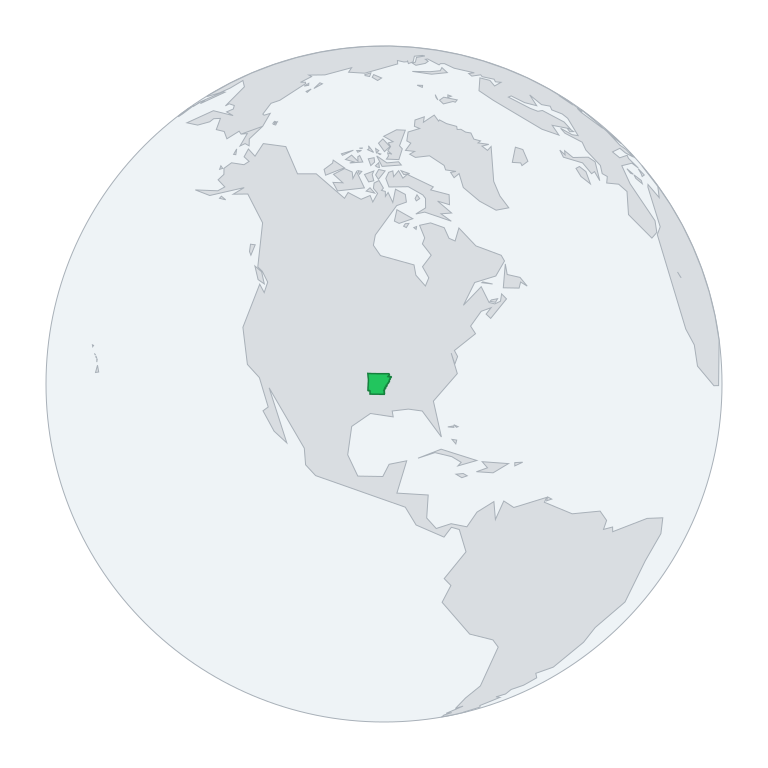 globe centered on Arkansas
{"feature_id": "USA-3528", "entity_name": "Arkansas", "entity_type": "State", "adm_level": 1, "iso_a3": "USA", "parent_name": "United States of America", "parent_adm1": "", "projection": "orthographic", "projection_center": [-91.2, 34.755], "detail": "fine", "context": "on_globe", "style": "filled", "palette": "green", "viewbox_px": 768, "rotation_deg": 0, "n_neighbors": 0, "source": "natural_earth", "source_scale": "10m", "svg_char_len": 11904}
<svg xmlns="http://www.w3.org/2000/svg" viewBox="0 0 768 768"><circle cx="384" cy="384" r="338" fill="#eef3f6" stroke="#a8b0b8"/><path d="M451.3,715.1L441.9,716.8L444.0,715.0L451.7,712.6L446.2,713.3L463.1,706.1L455.4,708.5L465.5,698.0L480.4,685.9L498.2,647.1L492.9,639.9L469.7,634.1L442.1,602.3L450.9,585.5L444.2,578.6L466.0,551.8L459.3,529.5L451.4,527.3L444.0,537.1L416.1,525.0L405.3,507.2L315.6,475.6L305.6,464.8L304.3,448.2L269.1,387.8L286.8,442.9L274.1,431.2L263.0,410.8L268.2,407.0L259.4,377.6L247.4,364.4L242.9,327.3L259.7,284.2L264.2,292.6L267.7,282.1L262.3,271.3L257.8,266.9L262.6,222.8L247.8,194.0L233.2,194.2L244.2,187.6L209.7,195.5L195.3,189.9L217.8,190.8L224.8,186.9L218.1,179.8L223.9,174.4L224.0,168.3L231.5,162.8L244.0,164.7L249.1,161.4L244.1,156.8L248.4,149.0L255.0,156.2L263.3,143.6L285.8,146.6L297.5,173.8L316.2,173.8L344.5,198.3L348.1,192.5L361.1,199.3L370.1,195.5L372.8,202.0L377.6,193.4L373.4,188.3L374.1,183.0L379.0,180.5L383.4,188.1L381.5,190.4L385.3,191.4L385.4,196.4L388.1,192.5L392.8,202.5L395.5,189.2L405.3,194.4L406.4,202.1L396.7,205.6L375.3,235.0L373.4,245.3L380.5,255.6L414.0,264.9L415.9,275.2L425.4,286.0L428.8,277.8L422.5,266.7L431.2,255.2L422.4,243.9L424.7,237.9L419.6,225.3L430.6,222.9L444.2,227.7L449.0,238.3L455.1,241.0L458.9,228.0L475.9,245.9L501.2,255.3L504.5,261.0L495.8,276.0L474.7,282.5L463.4,305.3L481.2,286.7L489.1,302.5L494.8,303.9L500.5,301.2L501.6,293.9L506.5,298.9L490.7,318.4L486.1,314.1L491.1,307.7L481.2,311.3L470.6,326.1L475.5,333.7L454.4,350.5L457.6,356.5L454.8,364.1L451.2,353.1L457.3,373.6L433.4,401.1L441.4,437.0L422.2,411.0L408.4,409.1L392.2,411.0L393.2,416.9L370.4,413.5L351.7,426.4L347.7,454.8L357.8,476.1L382.8,476.5L389.1,464.3L406.7,460.8L396.9,493.1L428.2,495.0L426.7,518.0L436.2,528.5L451.1,523.7L466.9,526.8L477.0,512.1L493.9,501.6L495.4,519.5L503.8,501.0L513.8,507.5L546.6,497.4L544.4,502.3L572.2,513.8L600.1,511.1L606.6,520.4L603.5,529.4L612.6,527.0L612.7,531.7L647.1,518.4L662.8,517.8L660.9,533.6L645.2,560.9L625.0,602.0L595.2,627.5L583.6,642.2L553.3,667.1L535.8,673.3L536.7,677.8L523.6,685.2L511.1,689.5L505.5,694.0L496.0,696.8L499.9,697.4L479.9,705.5L480.1,707.1L464.3,711.9L464.8,712.1L460.5,713.1L454.9,714.4L453.5,714.7L451.3,715.1ZM95.5,372.5L97.5,365.2L98.7,372.0L95.5,372.5ZM97.2,359.3L96.8,362.1L96.8,359.4L97.2,359.3ZM96.1,356.4L96.9,358.5L95.7,356.8L96.1,356.4ZM94.4,353.4L95.4,354.7L95.2,354.9L94.4,353.4ZM441.1,449.2L476.8,460.5L457.9,465.9L461.2,462.3L451.9,456.7L435.0,452.6L418.0,458.2L441.1,449.2ZM92.7,346.7L92.4,344.8L93.6,345.4L92.7,346.7ZM453.9,427.4L447.8,426.9L453.6,425.9L453.9,427.4ZM254.9,266.0L261.6,271.8L264.3,283.9L258.1,279.6L254.9,266.0ZM250.5,244.2L255.2,244.8L250.9,255.2L249.5,251.6L250.5,244.2ZM221.4,196.2L225.7,199.8L219.5,198.3L221.4,196.2ZM222.7,168.4L219.6,169.3L220.9,165.8L222.7,168.4ZM413.8,227.6L416.6,226.5L416.1,229.4L413.8,227.6ZM408.9,223.4L406.3,227.6L403.6,226.2L405.3,223.7L408.9,223.4ZM233.6,154.4L236.7,148.9L235.8,154.7L233.6,154.4ZM412.8,218.7L399.1,223.4L394.4,221.1L396.9,209.7L412.8,218.7ZM240.0,146.0L247.3,133.6L241.1,134.1L262.7,126.3L249.3,138.9L249.1,145.8L245.1,143.6L240.0,146.0ZM370.0,187.8L374.7,193.1L366.2,191.1L370.0,187.8ZM364.4,187.9L337.5,190.9L333.0,182.4L342.9,182.8L333.5,174.3L344.6,168.6L352.2,172.0L352.9,178.5L356.6,171.5L364.4,187.9ZM273.5,124.4L277.1,122.0L275.7,125.0L273.5,124.4ZM373.8,180.8L368.7,181.9L364.5,174.5L373.8,171.0L372.2,174.5L373.8,180.8ZM325.6,175.2L324.1,169.4L332.6,163.1L333.2,160.1L344.4,167.8L325.6,175.2ZM375.6,174.9L378.7,169.5L385.1,170.9L378.4,179.3L375.6,174.9ZM359.5,174.2L357.9,170.6L361.8,171.4L359.5,174.2ZM409.7,173.7L403.8,174.6L401.1,170.7L409.7,173.7ZM379.4,167.5L377.1,167.0L375.4,165.8L378.7,162.7L379.4,167.5ZM349.7,163.0L353.6,161.8L345.5,159.5L351.6,155.1L358.0,161.2L357.8,156.8L359.7,155.5L362.8,162.0L349.7,163.0ZM376.7,155.9L386.9,162.9L398.6,161.8L401.3,165.0L382.1,166.4L376.7,155.9ZM368.3,158.8L374.1,157.7L374.6,162.1L370.8,165.6L368.3,158.8ZM353.4,150.2L342.5,155.3L341.4,153.8L353.4,150.2ZM380.0,154.6L377.5,153.0L380.8,154.0L380.0,154.6ZM361.5,150.4L357.8,152.3L356.7,150.6L361.5,150.4ZM375.6,148.5L378.8,150.6L376.4,152.9L375.6,148.5ZM369.1,148.6L368.5,145.8L373.6,152.4L367.6,149.7L369.1,148.6ZM361.1,148.5L359.3,148.1L362.9,148.0L361.1,148.5ZM382.9,138.9L389.9,146.6L384.5,151.6L378.5,143.2L382.9,138.9ZM447.6,715.9L442.1,716.8L449.2,715.6L447.6,715.9ZM457.9,713.7L462.7,712.6L463.9,712.3L457.9,713.7ZM615.8,138.1L621.5,143.7L615.7,139.2L590.4,116.7L581.1,109.5L615.8,138.1ZM568.5,100.9L571.8,103.6L558.8,95.5L572.6,104.8L573.1,104.5L581.7,110.7L581.8,111.5L577.2,108.3L581.1,112.3L601.9,127.7L604.7,129.0L619.9,145.2L626.0,149.4L633.0,156.9L625.4,152.9L619.9,148.3L612.5,151.9L619.7,157.8L627.1,155.3L628.5,158.4L638.3,168.0L631.9,163.2L621.8,165.7L630.1,183.8L655.0,220.7L656.8,232.4L651.9,238.1L628.5,214.6L627.0,191.5L618.7,184.2L606.7,183.0L607.3,176.5L602.2,173.6L600.4,165.5L585.9,150.1L582.2,142.2L564.9,133.2L560.6,128.3L572.1,134.7L578.1,135.6L567.7,118.3L562.3,114.0L551.8,109.9L550.2,106.2L541.5,104.6L529.7,94.9L536.7,105.7L524.6,102.6L511.2,95.9L508.4,97.1L530.3,108.4L537.9,111.3L542.4,110.5L564.1,122.0L570.2,128.8L552.2,125.3L558.9,135.1L541.9,129.2L493.3,100.3L479.0,90.7L479.9,77.9L489.9,80.4L494.6,86.0L501.0,82.3L495.4,81.8L494.1,79.2L482.2,76.7L480.7,74.8L471.8,76.1L468.7,73.5L474.3,72.8L454.1,68.2L444.4,63.6L440.5,63.6L439.1,64.9L427.7,59.0L425.4,59.3L428.2,61.3L425.3,63.4L415.9,65.3L412.4,63.1L415.4,62.1L416.5,57.4L424.9,56.0L422.5,55.4L414.4,56.2L413.1,61.8L408.4,63.6L407.5,60.5L407.5,61.7L404.0,62.0L397.4,60.5L397.7,63.9L364.7,73.2L348.6,72.2L351.6,67.7L324.9,74.9L308.9,75.1L311.6,76.6L300.5,82.3L305.4,82.2L305.8,83.5L279.8,100.3L271.0,103.3L262.8,114.1L264.1,115.2L270.2,113.4L262.7,126.3L241.1,134.1L239.1,131.2L226.9,138.8L224.2,131.5L216.3,129.6L220.4,118.4L213.7,118.7L209.7,121.8L197.7,125.1L186.9,122.8L213.4,110.7L233.1,115.6L226.6,111.9L233.3,109.0L234.3,105.5L229.2,103.8L225.4,105.9L244.4,86.8L242.9,80.5L230.1,88.1L219.7,92.8L206.7,96.7L209.9,94.4L230.6,82.9L252.0,72.9L274.0,64.5L296.6,57.6L319.6,52.3L343.0,48.6L366.5,46.5L390.1,46.1L413.7,47.4L437.2,50.3L460.4,54.8L483.2,61.0L505.5,68.7L527.3,77.9L548.3,88.7L568.5,100.9ZM718.9,339.1L719.1,340.7L718.6,385.6L713.9,385.7L697.5,366.1L694.3,344.9L685.8,329.1L657.3,234.6L660.2,226.8L647.9,187.1L648.0,184.5L659.2,197.6L657.8,186.4L645.8,170.9L641.8,165.5L656.7,184.4L670.2,204.3L682.3,225.1L692.8,246.8L701.8,269.1L709.2,292.0L714.9,315.4L718.9,339.1ZM677.5,272.0L680.7,277.3L680.8,277.3L677.5,272.0ZM547.6,496.9L551.7,499.1L546.6,500.8L547.6,496.9ZM456.0,474.2L463.2,473.5L467.2,475.8L461.8,477.7L456.0,474.2ZM514.8,462.6L522.7,462.2L514.8,465.9L514.8,462.6ZM482.2,461.7L508.5,463.6L493.1,472.8L476.4,471.7L487.5,467.8L482.2,461.7ZM452.0,439.4L456.7,440.1L455.8,443.9L452.0,439.4ZM458.1,426.7L456.4,427.3L453.8,424.7L458.1,426.7ZM490.0,301.3L491.4,299.9L497.6,298.7L495.4,302.3L490.0,301.3ZM520.0,277.4L527.2,286.1L520.6,282.0L519.1,288.1L503.3,287.8L505.3,263.9L507.2,274.5L520.0,277.4ZM482.8,281.9L492.6,284.0L481.8,282.7L482.8,281.9ZM576.0,168.4L579.4,166.5L585.9,171.6L590.4,183.9L581.0,176.5L576.0,168.4ZM582.6,162.9L563.4,157.2L559.8,150.1L565.1,154.9L564.6,150.7L573.0,157.5L588.3,157.2L595.1,161.8L599.8,180.7L594.5,171.6L591.6,173.7L582.6,162.9ZM520.7,162.9L512.3,162.4L515.4,147.2L522.8,149.5L527.9,161.3L522.0,165.6L520.7,162.9ZM419.7,198.6L416.3,200.9L415.1,198.6L417.0,194.8L419.7,198.6ZM407.2,174.4L433.3,186.9L430.7,189.9L449.1,194.7L449.5,204.7L437.6,201.1L451.6,213.0L441.0,213.8L451.3,221.2L424.7,212.1L415.8,214.0L425.6,207.9L425.5,198.4L422.8,194.9L408.3,186.7L389.0,187.0L385.8,178.4L388.7,172.3L392.8,170.9L393.6,176.7L398.6,170.7L402.9,178.2L407.2,174.4ZM424.3,116.8L423.4,122.3L434.2,115.1L438.6,121.1L439.5,119.9L446.5,123.6L456.7,126.4L457.2,129.5L460.9,129.3L465.6,132.1L470.9,133.0L473.8,139.1L480.5,140.9L478.0,142.9L488.8,144.4L482.0,146.1L487.5,150.4L491.1,146.5L493.7,181.4L499.9,196.0L508.8,207.8L496.1,210.2L479.6,201.2L463.3,187.5L459.1,173.6L454.1,177.7L450.6,172.4L456.0,171.4L445.6,169.9L444.1,165.4L429.5,155.8L415.4,157.4L409.7,154.2L414.6,151.4L405.5,150.4L410.8,143.1L406.8,140.9L408.1,132.0L419.7,128.5L414.4,126.3L415.0,120.0L424.3,116.8ZM383.7,136.3L396.5,129.8L405.3,130.2L399.5,145.8L402.3,148.8L398.9,159.6L386.4,159.1L388.5,156.0L387.6,152.9L391.9,154.2L387.8,150.8L390.6,146.6L388.3,142.9L393.1,141.7L383.7,136.3ZM642.2,176.5L641.2,173.8L638.2,168.7L644.3,175.0L642.2,176.5ZM635.8,178.4L634.0,174.9L641.3,180.5L642.3,183.7L635.8,178.4ZM626.9,168.7L633.4,174.3L630.5,173.2L626.9,168.7ZM569.8,131.7L567.2,128.3L569.3,128.8L573.6,131.6L569.8,131.7ZM457.2,99.9L455.3,102.2L453.0,101.5L443.4,103.9L439.5,100.2L443.7,97.2L457.2,99.9ZM632.9,156.1L629.8,152.2L634.6,157.9L632.9,156.1ZM451.3,96.2L447.8,97.5L447.9,94.9L451.3,96.2ZM436.1,97.6L435.2,94.6L437.9,100.0L436.1,97.6ZM412.3,71.4L430.1,71.7L440.3,70.7L441.9,67.6L447.3,72.6L431.6,74.2L412.3,71.4ZM370.9,72.9L369.6,76.5L365.1,75.6L364.8,74.7L370.9,72.9ZM373.7,74.6L381.6,78.0L377.6,80.5L372.2,77.3L373.7,74.6ZM417.1,85.2L422.6,85.4L422.3,87.4L417.1,85.2ZM182.8,112.5L182.7,112.6L181.9,113.1L182.8,112.5ZM187.8,108.8L194.6,104.9L182.6,113.9L178.2,116.8L179.8,114.9L186.1,110.2L186.8,109.6L187.8,108.8ZM192.9,106.7L199.0,102.4L223.0,91.9L225.0,92.2L200.4,103.6L204.9,100.3L201.1,101.7L192.9,106.7ZM274.5,121.3L276.9,122.0L273.1,123.1L274.5,121.3ZM308.8,83.3L308.7,85.3L304.2,86.1L308.8,83.3ZM306.1,91.4L311.2,89.0L307.2,92.4L306.1,91.4ZM322.4,83.8L313.9,88.5L319.9,82.8L322.4,83.8Z" fill="#d9dde1" stroke="#a8b0b8" stroke-width="1"/><path d="M388.3,382.5L388.5,382.7L388.5,383.0L388.3,383.2L388.1,383.3L387.6,383.6L387.6,383.9L387.6,384.0L387.4,384.1L387.2,384.1L387.0,384.4L386.9,384.7L387.0,385.1L387.0,385.6L387.0,385.8L386.9,385.9L386.8,386.1L386.6,386.2L386.5,386.3L386.3,386.3L386.2,386.3L386.1,386.2L386.1,386.3L386.2,386.5L386.1,386.8L385.9,386.8L385.6,387.2L385.6,387.3L385.3,387.5L385.2,387.5L385.5,387.9L385.6,388.1L385.4,388.2L385.3,388.3L385.2,388.3L384.9,388.4L384.6,388.5L384.8,388.9L384.7,389.0L384.7,389.3L384.8,389.5L384.7,389.7L384.4,389.7L384.3,389.9L384.2,389.9L384.0,390.2L383.9,390.2L383.9,390.3L384.0,390.4L384.2,390.5L384.3,390.8L384.2,390.9L384.0,391.0L383.9,391.0L384.0,391.2L384.1,391.3L384.4,391.5L384.4,391.8L384.3,392.0L384.1,392.3L384.1,392.5L384.4,392.6L384.5,392.8L384.5,393.1L384.5,393.3L384.5,393.5L384.4,393.5L384.2,393.6L384.2,394.3L383.2,394.3L382.3,394.3L381.4,394.3L380.6,394.3L379.7,394.3L378.8,394.2L377.9,394.2L377.0,394.2L376.1,394.2L375.3,394.2L374.4,394.2L373.5,394.2L372.6,394.2L371.7,394.1L370.8,394.1L370.0,394.1L370.0,393.4L370.0,392.7L370.0,392.0L370.0,391.3L370.0,390.9L369.9,390.8L369.8,390.7L369.7,390.8L369.5,390.7L369.3,390.6L369.2,390.7L368.9,390.6L368.7,390.7L368.7,390.8L368.4,390.8L368.3,390.7L368.2,390.7L368.0,390.4L367.9,390.3L368.0,389.0L368.0,387.7L368.1,386.4L368.2,385.1L368.2,383.9L368.3,382.6L368.4,381.3L368.4,380.0L368.4,379.2L368.3,378.4L368.2,377.6L368.1,376.7L368.0,375.9L368.0,375.1L367.9,374.3L367.8,373.4L369.1,373.5L370.4,373.5L371.7,373.6L373.0,373.6L374.3,373.6L375.6,373.6L376.9,373.7L378.2,373.7L379.5,373.7L380.8,373.7L382.1,373.7L382.3,373.7L383.4,373.7L384.7,373.7L386.0,373.7L387.3,373.7L388.6,373.7L388.9,373.7L389.0,373.8L389.1,374.0L389.3,374.3L389.4,374.5L389.4,374.9L389.4,375.0L389.2,375.1L389.1,375.3L388.9,375.5L388.7,375.5L388.6,375.8L388.4,375.9L388.3,376.0L388.2,376.1L388.1,376.3L387.9,376.6L388.3,376.7L389.0,376.7L389.6,376.7L390.3,376.6L391.0,376.6L391.1,376.8L391.3,376.9L391.3,377.1L391.2,377.2L390.9,377.1L390.8,377.3L391.0,377.5L390.8,377.8L390.0,378.2L390.0,378.3L390.0,378.5L390.1,378.8L390.0,379.0L390.1,379.3L389.9,379.4L389.7,379.5L389.7,379.8L389.6,380.0L389.3,380.3L389.2,380.3L389.2,380.5L389.2,380.8L389.3,381.2L389.4,381.4L389.4,381.7L389.3,381.8L389.2,381.8L388.9,381.8L388.9,382.0L388.7,382.3L388.4,382.4L388.3,382.5L388.3,382.5Z" fill="#22c55e" stroke="#15803d" stroke-width="1.5"/></svg>